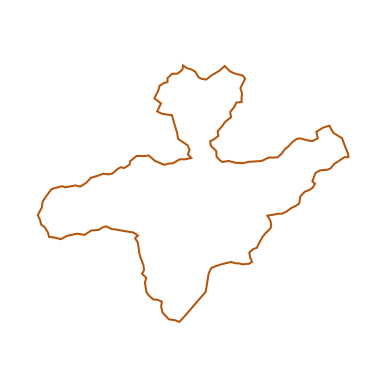 outline of São Bento do Sapucaí, São Paulo, Brazil, rotated 11°
{"feature_id": "56859067B581807535361", "entity_name": "São Bento do Sapucaí", "entity_type": "district", "adm_level": 2, "iso_a3": "BRA", "parent_name": "Brazil", "parent_adm1": "São Paulo", "projection": "mercator", "projection_center": [-45.684, -22.68], "detail": "fine", "context": "isolated", "style": "outline", "palette": "amber", "viewbox_px": 384, "rotation_deg": 11, "n_neighbors": 0, "source": "geoboundaries", "source_scale": "gbopen_adm2", "svg_char_len": 2502}
<svg xmlns="http://www.w3.org/2000/svg" viewBox="0 0 384 384"><g transform="rotate(11 192 192)"><path d="M200.1,62.1L195.6,67.9L189.3,73.4L184.6,78.9L179.7,79.1L176.4,78.0L172.2,73.3L168.7,72.0L163.3,71.3L159.0,69.5L159.3,73.6L155.3,78.5L149.8,79.8L146.2,84.9L147.0,88.7L143.9,90.3L140.0,93.7L139.5,99.1L137.2,107.2L144.7,111.0L142.4,119.5L147.5,120.9L151.3,120.8L157.6,120.4L160.9,127.0L165.9,136.4L168.2,142.5L178.8,147.0L181.6,151.1L180.7,155.9L184.7,158.7L179.1,161.2L173.6,162.3L167.9,167.4L163.9,168.5L159.5,170.6L149.6,168.5L142.6,164.4L138.0,165.9L130.8,167.2L128.0,170.4L125.4,173.6L125.5,177.0L120.9,181.4L117.4,181.2L114.2,184.0L110.5,188.9L106.9,190.6L101.2,191.0L97.2,193.6L90.0,197.4L86.5,203.1L81.2,208.0L76.4,207.8L66.5,211.6L63.4,211.0L53.6,215.9L49.6,224.0L47.2,230.0L47.5,235.9L46.3,239.9L45.1,244.2L48.0,248.2L50.3,252.9L54.0,254.6L58.2,259.1L60.3,263.4L65.6,262.9L72.1,263.4L78.0,258.7L87.2,254.8L94.7,254.6L100.3,249.1L107.6,247.0L110.4,244.2L114.3,242.1L120.4,243.7L124.7,243.3L131.0,243.3L135.3,243.2L142.2,242.9L147.2,245.1L144.9,248.2L148.2,251.6L150.1,256.5L152.2,262.7L155.0,267.9L158.3,273.1L159.8,277.9L158.6,281.8L163.5,285.0L163.0,290.1L166.7,299.4L169.9,302.2L174.3,304.8L179.0,304.4L183.3,305.4L183.6,310.5L186.1,316.0L189.7,318.6L193.7,321.4L199.7,321.1L204.5,321.9L208.8,314.7L218.0,298.6L224.5,287.4L224.1,274.6L223.9,268.6L225.5,262.9L229.2,260.4L234.2,257.6L238.6,255.5L243.8,253.2L248.3,253.7L251.5,253.1L255.1,253.4L261.6,251.6L264.3,249.1L261.5,245.0L259.8,240.4L262.9,236.4L266.3,234.4L267.7,229.1L269.9,222.5L271.7,218.9L276.0,212.7L276.0,208.9L274.3,205.0L270.5,200.8L275.5,199.1L279.7,197.2L284.3,196.2L288.4,193.2L292.6,188.7L296.1,186.2L299.5,182.7L299.2,175.8L302.5,170.3L306.4,167.9L309.6,164.9L311.2,160.4L308.1,158.6L309.6,149.7L313.6,146.3L320.4,144.4L323.4,142.5L326.7,136.8L329.3,134.4L335.0,128.7L338.9,128.1L337.9,124.6L333.8,118.5L329.1,110.6L319.9,107.2L316.9,104.0L314.3,100.6L308.2,103.9L302.6,109.2L305.2,115.3L300.7,118.9L296.4,119.3L288.4,118.7L284.7,119.8L280.7,124.2L277.9,128.9L275.1,132.1L272.5,137.6L269.4,141.6L265.0,142.8L261.0,143.4L254.4,148.3L241.7,151.6L236.5,154.0L229.2,155.0L222.2,154.5L215.8,156.8L212.6,155.1L209.3,152.5L208.0,147.2L201.6,142.9L200.1,138.7L202.9,136.7L207.2,131.9L205.6,127.5L209.3,121.1L211.0,117.0L216.1,111.1L214.2,106.3L217.3,100.3L218.5,95.7L223.6,94.2L222.7,90.4L222.4,85.9L219.7,80.9L222.5,70.6L219.6,68.0L211.4,67.6L206.0,66.2L200.1,62.1Z" fill="none" stroke="#b45309" stroke-width="2"/></g></svg>